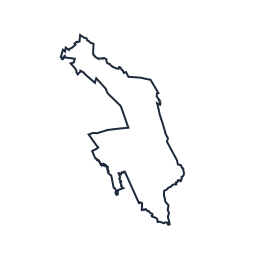 the district of Lazdukalna pag., Rugaju, Latvia, rotated 243°
{"feature_id": "27541924B17763592459662", "entity_name": "Lazdukalna pag.", "entity_type": "district", "adm_level": 2, "iso_a3": "LVA", "parent_name": "Latvia", "parent_adm1": "Rugaju", "projection": "equal_earth", "projection_center": [27.094, 56.926], "detail": "fine", "context": "isolated", "style": "outline", "palette": "slate", "viewbox_px": 256, "rotation_deg": 243, "n_neighbors": 0, "source": "geoboundaries", "source_scale": "gbopen_adm2", "svg_char_len": 5389}
<svg xmlns="http://www.w3.org/2000/svg" viewBox="0 0 256 256"><g transform="rotate(243 128 128)"><path d="M66.6,158.7L66.9,158.5L67.4,158.5L67.6,158.2L67.8,158.1L68.0,158.1L68.3,158.3L68.7,158.1L69.4,158.0L69.9,158.1L70.3,158.3L70.9,158.3L72.8,155.9L77.1,157.0L98.2,156.5L100.0,158.4L100.4,158.7L101.7,159.0L101.8,158.8L106.5,158.9L106.5,159.0L108.2,159.4L116.6,161.0L124.8,162.2L133.4,164.4L136.9,165.2L134.2,167.2L135.5,168.3L137.3,168.1L137.7,168.4L138.0,168.4L138.4,168.3L138.3,168.7L143.2,167.9L145.6,169.5L145.3,170.9L149.0,170.7L160.7,170.0L163.6,166.3L167.2,162.0L173.4,151.6L178.8,151.6L178.9,149.4L182.0,149.4L182.1,149.2L182.5,148.8L185.2,148.8L186.2,147.9L186.3,147.6L185.2,147.0L185.3,145.8L188.1,143.2L188.9,142.5L189.1,142.6L190.3,141.7L191.0,141.3L192.2,141.0L193.2,140.9L194.2,139.7L194.6,139.4L195.4,139.2L195.6,138.9L197.7,139.2L198.7,139.9L199.3,139.8L199.7,139.5L201.3,138.4L201.4,138.0L201.5,137.2L201.2,136.9L202.1,136.2L202.8,133.9L202.6,133.6L203.4,133.3L203.7,132.6L204.9,131.9L206.7,130.9L207.5,130.8L207.3,131.0L210.0,130.6L216.4,134.2L218.5,135.5L219.5,134.8L220.5,133.6L222.5,132.8L223.7,132.3L224.6,131.4L226.5,131.8L227.6,131.1L228.2,129.9L232.6,127.6L227.0,124.0L227.5,122.6L227.4,121.9L228.1,121.5L227.5,118.7L226.0,119.0L224.9,114.4L225.1,111.3L224.4,110.8L227.9,109.0L224.7,106.7L227.2,105.6L221.7,100.3L220.6,101.2L220.4,100.7L220.0,100.5L219.9,100.4L219.7,100.3L219.2,100.5L218.9,101.0L218.9,101.3L219.1,101.7L219.3,102.0L219.5,102.4L220.0,102.8L220.3,103.0L220.7,103.7L220.9,103.9L221.0,104.4L219.4,104.0L213.9,112.0L211.0,109.5L211.6,106.2L205.2,107.9L202.5,108.1L201.3,107.4L198.6,107.5L199.5,110.0L200.0,111.9L200.3,111.9L199.9,112.3L198.3,113.0L197.7,113.7L197.5,113.9L196.4,113.8L195.6,114.1L190.9,115.9L190.7,116.1L190.0,116.3L183.3,119.0L184.7,120.3L186.7,122.3L182.7,123.4L179.9,124.2L179.1,124.4L175.0,125.5L173.0,126.0L169.5,125.7L168.3,125.6L165.5,126.5L158.0,129.1L152.9,130.8L151.2,131.4L150.8,131.5L145.1,130.8L131.5,128.9L128.1,128.5L131.9,118.8L135.1,110.0L135.5,109.0L135.7,107.9L135.9,106.5L137.4,98.2L137.7,97.5L138.5,96.3L139.3,94.9L139.5,94.1L140.1,90.0L134.5,90.9L133.1,91.0L131.1,91.4L126.0,92.1L125.1,92.2L124.7,92.7L123.9,92.4L123.8,90.5L123.7,85.6L115.9,85.1L115.7,85.2L115.8,85.2L115.8,85.4L115.6,85.6L114.7,85.9L114.0,86.0L113.9,85.7L113.6,85.8L113.6,86.0L113.3,86.1L113.4,86.4L112.7,86.7L112.7,86.8L112.8,86.8L112.7,87.0L112.4,86.9L112.6,87.1L112.4,87.2L111.7,87.3L111.4,87.1L110.9,87.0L110.6,87.1L110.6,87.3L110.0,87.2L109.7,87.3L109.5,87.1L109.1,87.1L108.9,87.2L109.0,87.4L108.9,87.5L108.7,87.6L108.2,87.5L108.0,87.3L108.0,87.2L107.7,87.2L107.4,87.1L107.3,87.5L107.4,87.8L106.9,87.8L107.1,88.0L107.0,88.3L107.1,88.2L107.4,88.0L107.7,88.0L107.8,88.1L107.8,88.4L107.7,88.6L107.5,88.8L107.2,88.9L106.9,88.8L107.0,89.1L106.6,89.2L106.8,89.3L107.1,89.4L107.5,89.4L107.5,89.6L107.0,89.8L106.4,89.8L106.3,90.1L106.1,90.0L105.9,90.0L106.3,90.4L106.4,90.6L105.7,91.0L105.2,91.0L104.6,91.1L104.6,90.9L104.4,90.9L104.3,91.0L104.3,91.3L104.7,91.4L104.7,91.5L104.1,91.6L103.8,91.3L103.1,91.2L103.0,91.3L103.2,91.5L103.5,91.7L103.1,92.1L102.6,92.1L102.5,92.3L101.9,92.1L101.8,91.9L101.7,91.6L101.0,91.5L100.7,91.3L100.6,91.1L100.8,90.9L99.9,90.7L99.5,90.8L99.4,91.1L98.6,91.1L98.4,91.2L98.1,91.1L97.6,90.4L97.8,90.2L98.1,90.4L98.3,90.4L97.9,90.0L97.2,90.0L96.7,90.2L95.9,90.3L95.6,90.4L94.7,90.6L93.7,91.3L93.4,91.4L92.9,91.4L84.8,89.1L81.2,88.1L80.4,88.8L80.1,88.9L77.8,89.1L77.4,89.0L77.2,88.8L76.6,87.8L76.2,87.5L74.3,87.3L73.7,87.4L73.7,87.5L73.5,88.8L74.3,89.1L75.0,89.4L77.2,91.2L76.6,96.6L79.0,95.5L79.4,95.6L79.3,96.0L83.4,96.5L83.2,97.6L84.2,97.7L85.3,97.2L86.8,97.2L86.9,97.3L87.2,97.8L87.4,98.0L87.3,98.3L87.5,98.6L92.0,99.1L91.7,99.7L90.2,100.6L89.9,100.8L91.4,102.5L90.3,103.7L90.7,104.1L91.2,105.3L91.4,105.4L55.2,103.6L55.6,103.8L55.7,104.0L56.8,104.4L55.1,106.2L54.6,106.4L48.7,103.1L48.5,104.0L48.4,104.5L47.7,104.9L47.7,106.3L47.9,106.8L47.7,107.0L45.4,107.5L44.9,107.8L44.7,108.0L44.6,108.3L44.6,108.8L41.7,109.3L42.0,109.4L41.4,109.8L41.2,110.2L41.0,110.3L40.2,110.7L39.5,110.5L38.9,110.1L38.9,109.8L38.3,109.7L38.6,109.2L38.1,109.2L35.4,112.0L33.7,112.6L32.8,112.5L31.7,111.9L30.8,111.8L30.7,112.2L30.1,113.6L29.2,114.6L27.2,116.4L26.9,116.7L26.8,117.1L27.1,117.8L27.0,118.0L26.9,118.4L26.6,118.9L26.3,119.6L26.2,119.8L25.9,120.0L25.7,120.0L24.4,119.7L23.8,119.8L23.5,120.0L23.4,120.1L23.4,120.3L23.6,120.9L23.4,121.4L24.1,121.5L26.3,122.3L27.9,122.6L29.8,122.9L30.4,123.1L31.0,123.3L33.0,125.4L33.6,125.8L34.3,126.0L35.9,126.1L36.6,126.1L37.0,126.3L38.1,126.9L39.3,128.0L40.6,128.8L41.3,128.9L41.8,128.8L42.7,128.4L43.8,128.3L44.3,128.2L44.8,127.9L45.4,127.8L47.8,128.6L48.8,128.9L50.2,129.0L51.0,129.2L51.6,129.5L52.3,129.9L54.0,130.7L55.5,131.6L55.7,131.9L55.5,133.9L55.6,134.8L55.8,135.5L56.3,136.3L56.5,137.1L56.5,137.6L56.2,138.8L56.2,139.5L56.3,140.0L56.7,140.5L56.8,140.8L57.0,141.6L57.0,141.9L56.9,143.4L56.9,143.6L56.6,144.0L55.8,145.0L55.8,145.4L56.3,145.7L57.2,145.7L57.4,145.7L57.7,145.9L57.8,146.2L57.7,146.4L57.5,147.3L57.5,147.6L57.7,147.8L58.0,148.0L58.6,148.5L58.8,148.7L58.8,148.9L58.6,149.3L58.1,149.8L56.9,150.4L56.8,150.7L56.7,150.9L56.8,151.1L57.1,151.6L58.1,152.0L58.4,152.7L58.7,153.1L59.0,153.2L59.7,153.3L60.1,153.5L60.1,154.2L60.1,154.9L60.2,155.2L60.7,156.1L61.6,156.9L62.4,157.4L63.1,157.6L65.9,158.3L66.3,158.5L66.6,158.7Z" fill="none" stroke="#1e293b" stroke-width="2"/></g></svg>